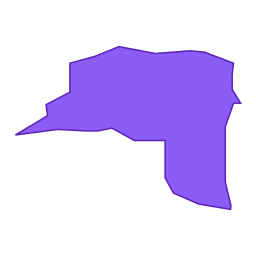 Dongjak-gu, Seoul, South Korea (Natural Earth projection)
{"feature_id": "91817680B72690271662871", "entity_name": "Dongjak-gu", "entity_type": "district", "adm_level": 2, "iso_a3": "KOR", "parent_name": "South Korea", "parent_adm1": "Seoul", "projection": "natural_earth1", "projection_center": [126.961, 37.485], "detail": "fine", "context": "isolated", "style": "filled", "palette": "violet", "viewbox_px": 256, "rotation_deg": 0, "n_neighbors": 0, "source": "geoboundaries", "source_scale": "gbopen_adm2", "svg_char_len": 541}
<svg xmlns="http://www.w3.org/2000/svg" viewBox="0 0 256 256"><path d="M233.5,63.2L204.3,52.1L190.3,50.8L155.3,53.5L118.9,46.6L95.1,56.3L69.9,63.2L69.9,92.2L46.1,104.6L47.5,115.7L15.4,135.0L57.3,129.5L58.3,129.5L58.7,129.5L85.3,130.9L96.5,130.9L97.9,130.9L110.9,128.3L111.9,128.1L134.3,140.5L163.7,140.5L165.1,140.5L165.1,177.9L173.5,193.1L198.7,204.1L230.6,209.4L230.9,205.5L225.3,182.0L225.3,164.0L225.3,141.9L225.3,126.7L233.6,103.2L240.6,103.2L232.2,89.4L232.2,74.2L233.5,63.2Z" fill="#8b5cf6" stroke="#5b21b6" stroke-width="1.5"/></svg>